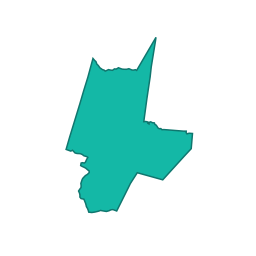 Santa Cruz, Rio Grande do Norte, Brazil, rotated 210°
{"feature_id": "56859067B931800959564", "entity_name": "Santa Cruz", "entity_type": "district", "adm_level": 2, "iso_a3": "BRA", "parent_name": "Brazil", "parent_adm1": "Rio Grande do Norte", "projection": "mercator", "projection_center": [-35.999, -6.27], "detail": "fine", "context": "isolated", "style": "filled", "palette": "teal", "viewbox_px": 256, "rotation_deg": 210, "n_neighbors": 0, "source": "geoboundaries", "source_scale": "gbopen_adm2", "svg_char_len": 1522}
<svg xmlns="http://www.w3.org/2000/svg" viewBox="0 0 256 256"><g transform="rotate(210 128 128)"><path d="M62.9,141.7L69.4,155.5L72.5,154.0L74.0,152.4L75.4,153.1L76.0,154.4L78.0,153.2L96.1,144.6L97.8,143.5L99.3,143.9L100.6,143.0L102.2,143.1L103.6,143.9L105.1,144.6L106.4,144.5L107.7,145.6L109.5,144.8L111.4,144.7L112.5,143.5L111.8,142.0L113.2,142.0L113.9,143.1L115.9,142.5L117.5,141.4L126.2,162.6L134.4,183.4L138.4,192.5L147.8,217.3L149.1,220.5L149.2,200.1L149.3,182.2L150.7,182.2L152.3,180.8L153.6,180.2L156.9,179.8L158.6,178.1L161.9,176.3L163.3,175.9L166.4,175.4L167.6,173.2L169.3,172.4L170.3,170.2L172.2,169.4L174.1,168.8L175.1,167.3L176.2,165.9L177.7,166.2L179.2,165.8L182.5,166.1L185.0,167.3L186.8,167.7L189.0,169.5L190.6,169.8L193.1,170.7L188.1,151.7L185.1,138.5L181.8,124.9L174.0,91.0L170.9,78.5L167.5,79.1L166.0,79.4L164.9,81.0L161.4,79.9L159.5,80.4L156.5,81.9L154.5,82.2L152.2,81.9L149.5,82.6L148.1,82.5L148.1,80.1L147.8,77.1L148.3,75.8L150.1,75.2L151.1,74.2L150.2,71.8L148.5,71.8L146.7,72.0L144.6,72.1L142.1,71.6L140.1,71.3L139.3,70.0L140.0,67.4L141.1,65.5L141.9,62.3L142.0,60.8L141.1,56.4L140.0,55.0L138.9,53.0L139.2,50.6L139.3,48.7L137.5,47.4L136.1,45.9L135.1,44.1L133.4,43.4L130.6,44.3L127.0,41.5L125.6,40.1L124.7,39.1L122.9,38.1L121.7,37.2L119.9,35.5L117.1,36.7L114.6,38.7L113.0,40.2L111.5,41.7L110.7,42.8L105.0,44.9L103.1,46.8L101.9,48.6L100.3,49.8L96.3,50.5L96.8,58.8L98.0,78.5L98.2,81.1L97.6,93.9L72.0,100.5L68.8,115.2L65.3,131.3L62.9,141.7Z" fill="#14b8a6" stroke="#0f766e" stroke-width="1.5"/></g></svg>